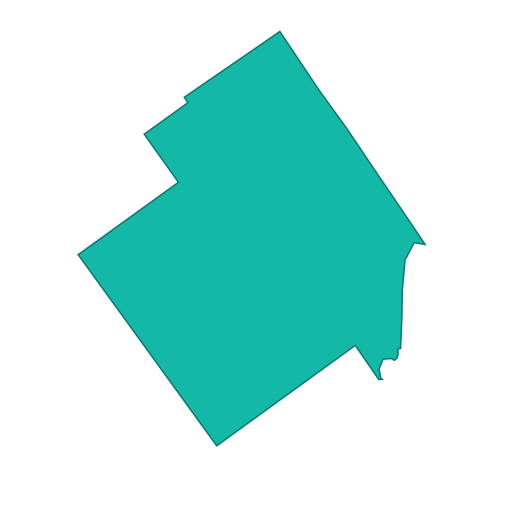 Tuscola, Michigan, United States of America (orthographic projection), rotated 146°
{"feature_id": "52423323B37995372909550", "entity_name": "Tuscola", "entity_type": "district", "adm_level": 2, "iso_a3": "USA", "parent_name": "United States of America", "parent_adm1": "Michigan", "projection": "orthographic", "projection_center": [-83.511, 43.476], "detail": "fine", "context": "isolated", "style": "filled", "palette": "teal", "viewbox_px": 512, "rotation_deg": 146, "n_neighbors": 0, "source": "geoboundaries", "source_scale": "gbopen_adm2", "svg_char_len": 567}
<svg xmlns="http://www.w3.org/2000/svg" viewBox="0 0 512 512"><g transform="rotate(146 256 256)"><path d="M226.7,427.7L226.7,421.2L280.6,419.5L279.1,360.5L394.5,356.8L402.7,356.6L394.7,120.6L223.7,126.4L223.3,84.9L220.4,83.2L220.9,84.8L217.1,93.6L208.3,99.4L201.0,95.2L199.8,92.4L199.1,92.1L196.1,92.6L193.4,94.8L190.2,99.5L187.8,98.6L176.9,113.3L172.2,119.7L168.0,125.5L167.5,126.2L154.6,144.9L134.7,169.3L117.3,178.6L109.4,171.0L109.3,195.3L109.5,254.2L109.5,312.7L111.0,357.9L110.7,428.8L226.7,427.7Z" fill="#14b8a6" stroke="#0f766e" stroke-width="1.5"/></g></svg>